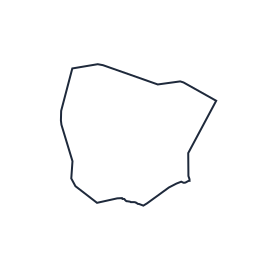 map outline of Saint Thomas (orthographic projection), rotated 221°
{"feature_id": "BRB-1999", "entity_name": "Saint Thomas", "entity_type": "Parish", "adm_level": 1, "iso_a3": "BRB", "parent_name": "Barbados", "parent_adm1": "", "projection": "orthographic", "projection_center": [-59.606, 13.184], "detail": "fine", "context": "isolated", "style": "outline", "palette": "slate", "viewbox_px": 256, "rotation_deg": 221, "n_neighbors": 0, "source": "natural_earth", "source_scale": "10m", "svg_char_len": 769}
<svg xmlns="http://www.w3.org/2000/svg" viewBox="0 0 256 256"><g transform="rotate(221 128 128)"><path d="M129.5,49.6L137.7,52.7L148.1,66.5L180.4,86.8L183.6,89.7L189.7,97.1L209.1,136.4L192.7,156.3L188.1,159.0L134.1,180.4L119.2,197.4L116.0,198.8L79.3,206.4L66.1,148.6L50.9,131.4L48.0,129.7L46.9,128.5L47.5,128.0L48.0,126.8L48.8,124.6L49.4,123.8L50.2,123.1L52.6,122.4L55.0,117.8L58.1,110.0L64.2,83.6L65.5,79.5L69.8,77.9L70.8,77.2L71.3,77.1L71.7,77.1L72.6,77.1L73.0,76.8L73.4,76.8L73.9,76.6L74.7,76.1L77.2,73.9L77.6,73.9L77.9,73.8L78.7,73.4L79.0,73.2L80.6,72.2L81.1,71.8L81.6,71.7L82.5,71.7L83.1,71.8L83.4,71.8L84.1,72.0L84.5,71.8L85.1,71.4L85.5,70.9L85.8,70.8L86.3,70.9L86.6,71.1L90.0,67.8L102.3,51.2L129.5,49.6Z" fill="none" stroke="#1e293b" stroke-width="2"/></g></svg>